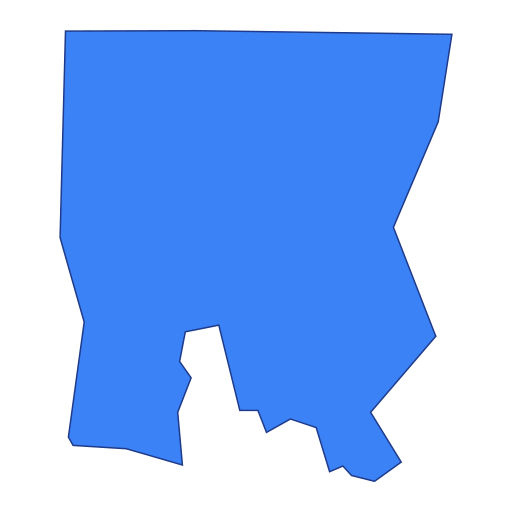 Lafon, Eastern Equatoria, South Sudan (Albers equal-area conic projection)
{"feature_id": "79223893B81439496011559", "entity_name": "Lafon", "entity_type": "district", "adm_level": 2, "iso_a3": "SSD", "parent_name": "South Sudan", "parent_adm1": "Eastern Equatoria", "projection": "albers", "projection_center": [32.675, 5.157], "detail": "fine", "context": "isolated", "style": "filled", "palette": "blue", "viewbox_px": 512, "rotation_deg": 0, "n_neighbors": 0, "source": "geoboundaries", "source_scale": "gbopen_adm2", "svg_char_len": 494}
<svg xmlns="http://www.w3.org/2000/svg" viewBox="0 0 512 512"><path d="M73.1,445.4L126.1,448.7L182.4,465.0L177.7,412.3L191.1,377.8L179.6,361.5L185.3,331.8L218.8,325.1L239.8,410.4L257.9,410.4L266.5,432.4L290.4,419.0L316.2,427.6L329.6,471.7L342.9,466.0L351.5,475.5L374.5,481.3L401.2,462.1L370.6,412.3L435.9,336.1L435.5,335.6L393.4,227.3L438.2,121.8L451.9,34.3L196.2,30.7L65.5,31.1L61.4,187.5L60.1,237.6L84.2,322.1L68.4,437.1L73.1,445.4Z" fill="#3b82f6" stroke="#1e3a8a" stroke-width="1.5"/></svg>